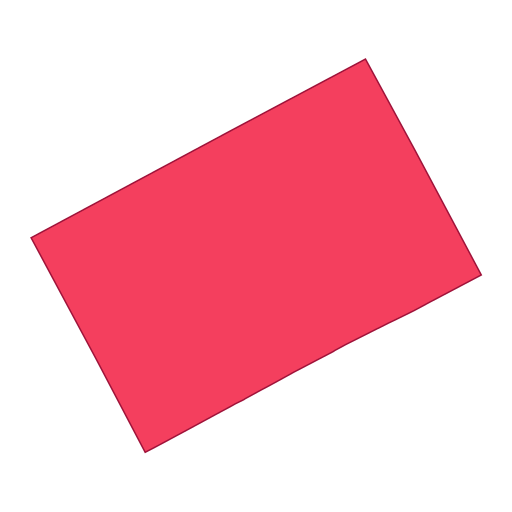 outline of Lafayette, Wisconsin, United States of America, rotated 332°
{"feature_id": "52423323B65148542949332", "entity_name": "Lafayette", "entity_type": "district", "adm_level": 2, "iso_a3": "USA", "parent_name": "United States of America", "parent_adm1": "Wisconsin", "projection": "robinson", "projection_center": [-90.154, 42.66], "detail": "fine", "context": "isolated", "style": "filled", "palette": "rose", "viewbox_px": 512, "rotation_deg": 332, "n_neighbors": 0, "source": "geoboundaries", "source_scale": "gbopen_adm2", "svg_char_len": 598}
<svg xmlns="http://www.w3.org/2000/svg" viewBox="0 0 512 512"><g transform="rotate(332 256 256)"><path d="M66.0,134.3L66.5,273.0L66.0,377.3L79.2,377.4L102.0,377.3L103.7,377.3L103.8,377.3L107.1,377.3L145.1,377.0L165.1,376.9L167.4,376.8L168.8,376.8L177.8,377.1L179.4,376.9L197.1,376.7L208.2,376.7L224.0,376.5L235.1,376.3L248.9,376.4L279.9,376.6L281.1,376.4L293.6,376.3L329.1,377.1L330.2,377.2L341.6,377.4L343.0,377.5L350.4,377.8L350.8,377.8L370.0,378.4L388.3,378.3L388.6,378.3L446.0,378.5L446.0,237.3L445.1,133.5L293.9,133.5L66.0,134.3Z" fill="#f43f5e" stroke="#9f1239" stroke-width="1.5"/></g></svg>